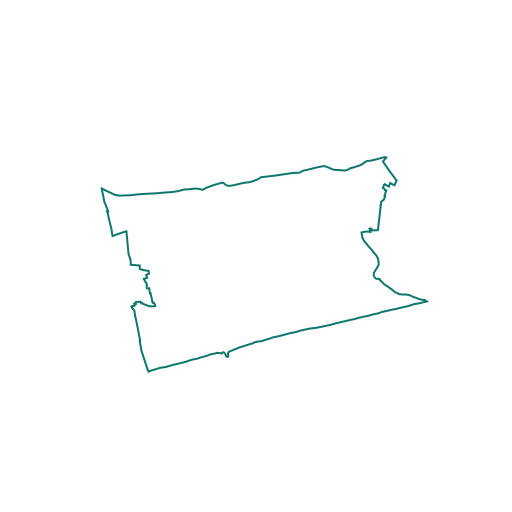 the district of Gaza, Gaza Strip, Palestine, rotated 217°
{"feature_id": "87354302B92317438543703", "entity_name": "Gaza", "entity_type": "district", "adm_level": 2, "iso_a3": "PSE", "parent_name": "Palestine", "parent_adm1": "Gaza Strip", "projection": "albers", "projection_center": [34.448, 31.487], "detail": "fine", "context": "isolated", "style": "outline", "palette": "teal", "viewbox_px": 512, "rotation_deg": 217, "n_neighbors": 0, "source": "geoboundaries", "source_scale": "gbopen_adm2", "svg_char_len": 5949}
<svg xmlns="http://www.w3.org/2000/svg" viewBox="0 0 512 512"><g transform="rotate(217 256 256)"><path d="M272.2,99.0L271.9,99.4L270.6,101.7L268.2,104.9L265.8,108.3L264.4,109.9L263.3,111.0L261.3,113.0L256.8,119.0L248.4,129.2L245.6,133.5L242.9,136.8L241.2,138.5L239.2,141.5L235.0,147.0L232.8,150.6L231.2,152.2L230.4,152.9L229.0,155.1L227.7,155.8L226.5,156.7L225.4,157.2L224.6,157.5L224.6,158.3L224.4,159.3L223.5,159.6L222.0,159.4L220.5,158.6L219.3,157.8L218.0,158.4L217.6,158.8L218.3,159.9L219.4,160.9L220.0,161.8L220.0,163.0L219.4,164.4L218.6,165.5L217.4,167.7L215.8,170.2L214.8,172.2L213.0,174.7L210.1,178.7L207.5,182.4L205.7,184.7L205.4,186.0L204.9,186.7L204.0,187.6L203.0,188.8L200.3,191.3L198.2,194.4L195.3,198.4L193.2,201.6L189.6,205.6L186.2,209.9L181.8,215.6L179.2,218.3L177.7,220.2L175.8,223.0L174.1,224.9L172.4,226.9L169.7,230.1L164.6,235.0L163.4,236.3L160.7,239.4L157.5,243.0L155.1,245.8L152.0,249.9L147.8,255.0L145.0,258.3L142.4,261.5L139.3,265.0L136.8,268.4L133.3,272.6L131.6,274.3L129.6,276.8L127.1,280.1L124.0,283.6L121.6,287.3L119.3,289.9L114.9,295.2L112.2,298.1L109.2,301.9L106.4,305.2L104.4,307.5L102.7,309.9L102.0,310.9L100.6,313.0L98.3,315.2L93.3,321.2L92.2,322.5L94.6,322.4L95.5,321.8L96.2,321.4L97.4,320.9L98.7,320.2L99.2,320.0L99.8,319.7L100.5,319.5L101.6,319.3L102.7,319.0L104.4,318.4L105.4,318.1L106.5,317.8L107.8,317.6L108.3,317.5L109.1,317.3L110.0,317.0L110.4,316.8L111.2,316.5L112.0,316.0L112.6,315.7L113.3,315.3L114.7,314.3L116.2,313.2L117.1,312.7L118.1,312.0L118.6,311.8L118.9,311.7L119.2,311.6L119.9,311.6L120.6,311.5L121.3,311.3L122.0,311.0L122.5,310.9L123.2,310.8L123.7,310.8L125.8,310.9L127.7,311.0L129.1,311.0L130.5,310.9L131.8,310.9L133.1,310.8L134.8,310.7L136.7,310.5L137.8,310.8L139.0,311.0L139.6,311.1L140.8,311.2L141.4,311.3L142.5,311.3L142.7,311.6L143.0,311.8L143.5,312.0L144.8,311.2L146.1,310.3L146.5,310.2L147.0,310.2L147.3,310.2L147.7,310.2L148.1,310.3L148.7,310.5L149.2,310.7L149.8,311.0L150.2,311.4L150.6,311.7L151.0,312.2L151.2,312.6L151.6,313.3L151.7,313.7L152.0,316.7L152.2,319.5L152.8,323.0L155.3,325.8L157.2,327.5L160.8,329.0L164.9,329.8L168.6,330.9L170.6,331.1L171.3,331.3L172.0,331.4L173.5,331.9L178.7,333.0L178.8,333.1L178.9,333.3L179.1,333.3L182.1,334.7L185.9,338.3L183.3,341.3L182.8,341.7L181.8,342.5L181.1,343.0L180.7,343.2L179.1,344.1L180.9,345.5L181.3,345.8L181.7,346.0L181.2,347.0L180.3,346.5L179.7,347.0L178.9,346.1L174.2,350.0L185.6,369.5L186.0,370.2L186.5,371.0L186.7,370.9L187.0,371.4L186.8,371.5L188.7,374.9L187.8,377.6L188.9,381.7L189.7,381.5L191.3,386.6L192.6,386.2L193.0,386.8L195.7,386.7L195.7,386.9L195.8,387.5L195.9,387.9L196.1,388.5L196.5,389.3L196.5,389.5L196.6,389.9L196.6,390.3L196.5,390.8L191.6,391.4L192.7,395.0L188.0,395.8L189.1,400.9L192.6,401.9L201.2,404.4L211.5,407.9L211.2,413.0L211.5,412.9L212.4,412.7L213.0,412.1L214.8,410.0L215.7,408.6L216.9,407.2L217.7,406.0L220.9,402.2L222.5,400.4L223.8,399.3L224.6,398.5L225.0,397.7L225.4,396.8L225.7,395.6L226.5,393.1L227.1,391.8L227.9,390.4L229.1,388.7L230.9,386.2L232.4,384.1L233.2,383.3L233.8,382.2L234.2,380.8L235.2,379.3L235.9,378.4L236.9,377.4L240.2,375.4L242.2,374.1L244.4,372.5L245.7,371.8L247.0,371.3L249.6,370.7L251.5,370.2L252.8,369.8L253.7,369.5L255.5,368.9L256.2,368.4L260.7,363.4L267.3,355.2L269.2,353.1L270.1,351.7L270.7,350.3L271.3,349.0L272.3,347.9L276.5,344.6L279.0,342.0L288.9,331.9L293.3,327.8L296.5,324.6L298.3,323.1L299.5,321.7L300.2,319.6L301.0,317.9L302.7,315.1L305.4,311.2L307.9,308.9L310.3,306.5L316.5,299.0L318.9,296.5L320.4,295.3L322.1,294.8L323.7,294.6L325.2,294.7L326.4,294.7L327.3,294.1L332.1,287.7L334.9,283.4L337.0,280.2L337.6,278.6L337.9,277.7L338.4,276.9L341.8,275.2L343.6,274.4L345.6,272.8L351.0,267.8L353.5,265.8L355.9,262.6L358.2,259.9L361.5,256.6L368.5,250.5L372.6,246.7L379.2,241.2L384.3,236.9L388.0,233.6L393.0,228.8L395.1,227.1L397.2,225.5L400.7,222.5L403.2,221.0L405.0,220.1L407.0,219.6L409.7,219.1L413.6,218.2L419.8,217.1L419.0,216.2L414.0,211.9L410.1,208.3L402.2,203.5L401.5,203.1L400.9,202.6L401.7,201.9L401.4,201.8L401.1,201.6L400.2,201.0L399.3,200.2L398.6,199.6L397.9,198.9L393.8,195.5L391.8,193.9L390.2,192.6L389.4,191.9L388.2,191.0L387.3,190.2L386.4,189.3L384.8,187.6L382.6,185.7L380.6,188.7L379.9,189.8L379.5,190.4L377.0,194.1L374.7,197.4L374.4,197.7L368.9,191.8L366.2,188.7L361.7,183.9L359.6,181.5L359.0,180.9L358.4,180.4L357.9,180.1L355.7,178.7L354.6,177.9L353.9,177.3L353.3,176.8L353.0,176.4L351.9,175.2L350.8,173.6L343.1,178.4L341.1,175.7L340.3,176.0L338.6,176.5L337.8,176.8L334.0,178.8L332.7,179.5L330.8,177.5L331.4,176.6L331.7,176.0L331.9,175.6L332.2,174.9L332.3,174.6L329.8,173.1L331.8,170.2L330.3,169.5L329.1,169.0L328.1,168.6L327.8,168.6L327.5,168.5L327.1,168.3L325.9,167.5L325.8,167.4L325.7,167.2L325.8,166.9L325.7,166.7L324.5,165.3L323.6,164.5L321.8,166.0L320.7,164.8L319.7,163.7L318.4,162.4L318.1,162.8L317.8,162.9L317.4,162.4L316.2,161.4L313.2,158.9L312.2,158.0L312.1,157.9L312.1,157.7L311.1,157.0L310.3,156.4L310.1,156.6L309.6,157.3L309.3,157.3L308.6,156.9L307.1,156.0L306.4,155.4L307.1,154.7L307.6,154.1L308.3,153.6L308.9,153.1L309.4,152.7L309.7,152.5L310.0,152.4L310.5,152.1L311.3,151.7L311.5,151.5L311.8,151.4L313.5,150.9L315.1,150.5L315.5,150.4L317.2,149.7L317.4,149.6L317.5,149.3L317.5,149.2L317.4,149.1L317.8,149.4L318.3,150.0L319.1,149.2L319.5,149.5L319.8,149.7L320.1,149.8L320.4,149.8L320.8,150.0L321.3,149.5L321.6,149.1L323.0,148.0L324.0,147.0L324.3,146.8L324.4,146.7L324.1,146.1L323.9,146.1L323.7,146.1L323.5,145.9L323.0,145.4L323.6,144.7L324.0,144.7L324.1,144.8L324.5,144.5L323.1,143.2L323.8,142.5L324.6,141.6L324.3,141.4L324.9,140.5L324.3,140.2L323.8,140.0L323.5,139.9L322.8,139.7L321.3,139.4L320.9,139.3L320.3,139.0L319.9,138.8L319.7,138.7L319.4,138.4L319.0,137.9L318.7,137.5L315.6,134.6L315.2,134.4L309.6,129.5L304.4,124.8L297.5,118.6L297.8,118.3L295.4,116.0L292.1,112.9L291.2,112.0L290.9,111.7L290.3,111.3L288.6,110.1L286.7,108.8L285.8,108.2L285.2,107.7L280.4,104.4L275.3,100.8L272.2,99.0Z" fill="none" stroke="#0f766e" stroke-width="2"/></g></svg>